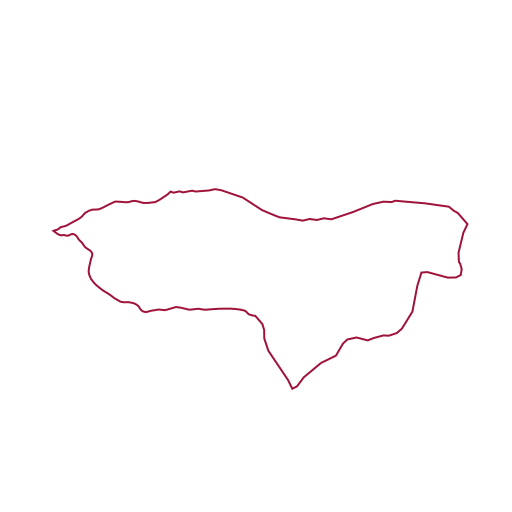 outline of Sumpango, Sacatepéquez, Guatemala, rotated 290°
{"feature_id": "79465075B37174278421226", "entity_name": "Sumpango", "entity_type": "district", "adm_level": 2, "iso_a3": "GTM", "parent_name": "Guatemala", "parent_adm1": "Sacatepéquez", "projection": "albers", "projection_center": [-90.752, 14.664], "detail": "fine", "context": "isolated", "style": "outline", "palette": "rose", "viewbox_px": 512, "rotation_deg": 290, "n_neighbors": 0, "source": "geoboundaries", "source_scale": "gbopen_adm2", "svg_char_len": 2461}
<svg xmlns="http://www.w3.org/2000/svg" viewBox="0 0 512 512"><g transform="rotate(290 256 256)"><path d="M368.3,420.4L363.3,396.8L355.5,367.8L353.1,365.1L350.6,357.1L344.8,348.0L330.4,332.0L316.3,314.3L314.6,306.8L310.7,301.0L309.1,293.7L305.2,287.8L304.0,280.8L300.4,264.9L300.5,259.6L301.2,245.9L306.4,223.6L305.9,200.6L304.8,194.6L301.5,189.4L295.9,177.1L295.5,173.6L290.8,165.6L290.6,162.1L287.3,156.9L287.3,153.7L283.7,151.9L280.0,149.2L276.9,147.0L273.7,144.3L272.0,142.6L270.8,140.0L269.3,137.2L268.4,134.9L267.4,132.2L267.1,129.8L266.9,126.5L266.4,123.6L265.8,122.0L264.9,120.3L263.8,118.9L262.9,117.5L261.9,115.0L261.3,112.8L260.5,109.9L259.1,105.3L257.8,103.8L255.9,102.0L253.5,99.6L250.9,97.2L249.1,95.6L248.0,94.4L246.8,93.2L245.9,91.9L245.0,89.9L244.2,88.0L243.6,86.3L241.5,83.7L240.3,82.6L238.0,80.7L236.3,80.0L233.6,78.9L232.2,78.1L229.9,76.5L226.5,73.4L222.5,69.9L220.0,67.7L218.8,66.4L217.5,64.4L216.5,62.8L214.1,61.3L212.6,60.1L211.7,58.7L210.3,57.1L209.6,59.5L208.9,61.7L208.6,64.2L209.0,66.5L210.0,68.1L210.2,70.5L211.1,72.9L212.6,74.2L214.0,76.0L214.1,77.8L213.7,79.8L212.8,81.4L211.2,83.3L209.9,85.8L208.9,88.1L207.9,89.4L205.9,92.3L205.1,95.1L204.2,98.8L202.6,101.1L201.0,101.8L198.5,102.0L196.5,102.0L190.8,102.7L187.6,103.2L184.6,103.9L183.1,104.6L180.7,106.2L178.0,108.9L176.6,111.0L175.0,113.8L173.8,116.4L172.8,119.2L171.7,122.6L171.2,124.3L170.2,129.4L169.2,133.4L167.9,137.4L167.2,141.5L166.7,144.2L167.3,147.6L168.4,150.3L169.1,152.4L169.5,155.0L169.8,157.2L169.6,159.4L169.1,161.6L168.3,163.3L166.5,165.5L165.3,168.1L165.5,171.5L166.5,173.1L168.5,175.9L169.5,177.6L170.2,179.0L171.7,181.5L172.6,183.4L173.2,185.9L173.9,188.8L174.8,190.2L176.4,192.4L177.5,193.9L180.7,198.3L181.7,203.0L182.2,207.3L182.4,209.1L182.5,210.7L183.3,213.1L185.4,217.2L186.7,219.8L187.3,223.1L187.9,225.8L188.5,227.5L190.4,231.6L193.9,239.6L195.6,244.1L197.8,250.1L199.2,254.9L200.3,260.0L200.8,264.3L200.3,266.0L199.4,267.6L198.8,269.2L198.8,271.7L199.0,273.5L199.5,275.8L194.2,285.3L189.2,289.0L181.3,292.0L171.2,300.0L150.5,328.4L143.7,335.5L147.5,339.1L158.4,342.4L177.8,353.7L189.7,365.2L203.5,367.7L208.8,370.4L213.8,378.3L214.9,389.8L219.5,395.1L225.0,403.0L226.5,408.0L231.7,414.6L237.5,417.9L257.2,422.0L283.1,417.8L297.0,417.1L299.5,422.6L301.3,443.7L304.2,451.2L308.1,454.9L314.0,453.8L318.7,450.4L319.8,448.7L328.4,445.2L348.7,442.9L358.3,443.8L365.5,430.8L366.1,426.6L368.3,420.4Z" fill="none" stroke="#9f1239" stroke-width="2"/></g></svg>